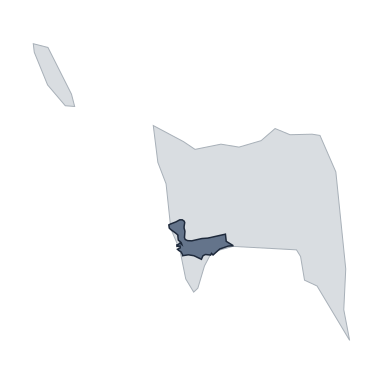 location of San Juan-Laventille within Trinidad and Tobago, rotated 266°
{"feature_id": "TTO-56", "entity_name": "San Juan-Laventille", "entity_type": "Region", "adm_level": 1, "iso_a3": "TTO", "parent_name": "Trinidad and Tobago", "parent_adm1": "", "projection": "orthographic", "projection_center": [-61.431, 10.671], "detail": "fine", "context": "in_parent", "style": "filled", "palette": "slate", "viewbox_px": 384, "rotation_deg": 266, "n_neighbors": 0, "source": "natural_earth", "source_scale": "10m", "svg_char_len": 1372}
<svg xmlns="http://www.w3.org/2000/svg" viewBox="0 0 384 384"><g transform="rotate(266 192 192)"><path d="M239.5,323.6L202.0,336.9L104.5,340.0L64.0,335.2L33.0,338.9L89.5,310.2L96.2,298.1L120.1,295.8L127.0,292.2L134.9,228.8L131.8,213.7L127.1,205.3L117.4,199.3L95.6,191.1L92.0,186.7L105.7,179.7L134.9,175.9L156.8,168.3L202.0,166.7L223.9,160.0L261.0,158.0L242.8,187.1L234.3,198.0L237.7,224.2L233.5,242.0L238.4,264.5L249.5,279.3L242.3,293.8L241.3,315.8L239.5,323.6ZM298.0,78.6L285.5,80.9L286.9,71.6L308.9,55.4L342.4,44.4L351.0,44.0L346.2,58.4L298.0,78.6Z" fill="#d9dde1" stroke="#a8b0b8" stroke-width="1"/><path d="M129.1,178.2L130.1,178.2L133.0,176.9L134.8,174.5L135.9,173.5L137.1,176.4L138.8,176.4L138.9,175.7L138.8,173.2L140.3,173.2L140.4,174.4L140.8,175.0L141.3,175.5L142.0,176.4L140.3,178.2L142.2,177.7L143.5,176.6L144.4,175.5L145.0,175.0L149.4,174.8L149.9,175.0L151.8,173.2L156.1,168.1L157.6,166.8L160.8,166.6L161.5,168.1L163.3,173.9L165.1,177.8L164.9,180.4L163.4,182.2L162.0,182.6L158.0,181.7L156.4,181.6L154.7,182.0L153.2,182.2L147.0,181.3L145.1,181.9L143.8,184.2L143.3,188.3L144.9,198.6L144.9,204.5L147.6,222.4L140.4,222.7L135.9,229.0L135.5,229.0L135.5,224.3L133.2,215.7L127.7,208.6L129.4,207.2L127.8,206.1L128.7,201.2L128.4,200.1L127.5,198.4L124.2,196.7L128.3,189.5L129.6,184.0L129.2,179.1L129.1,178.2Z" fill="#64748b" stroke="#1e293b" stroke-width="1.5"/></g></svg>